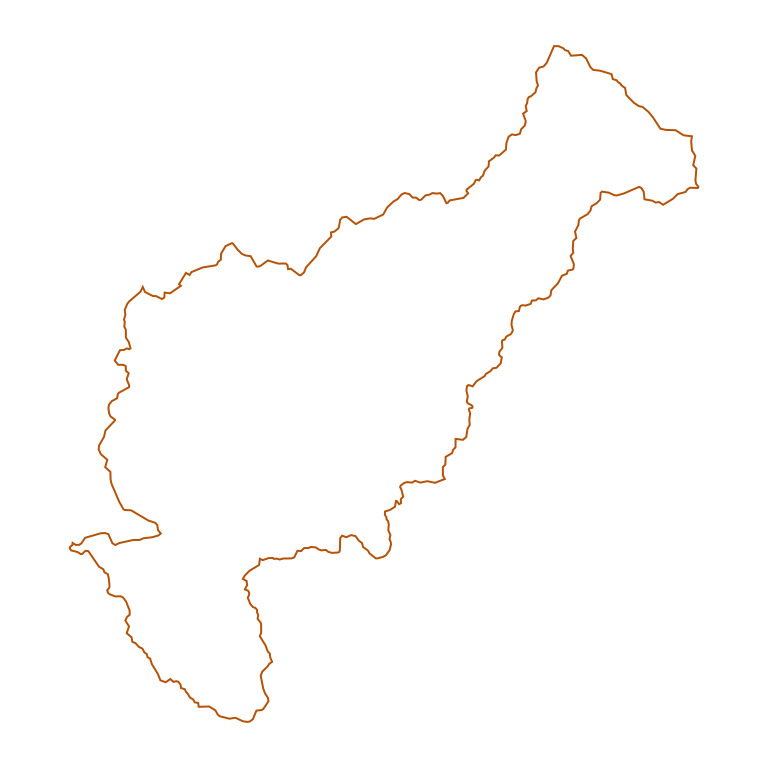 the district of Mae Tha, Lamphun, Thailand
{"feature_id": "78962969B72300277580274", "entity_name": "Mae Tha", "entity_type": "district", "adm_level": 2, "iso_a3": "THA", "parent_name": "Thailand", "parent_adm1": "Lamphun", "projection": "albers", "projection_center": [99.085, 18.376], "detail": "fine", "context": "isolated", "style": "outline", "palette": "amber", "viewbox_px": 768, "rotation_deg": 0, "n_neighbors": 0, "source": "geoboundaries", "source_scale": "gbopen_adm2", "svg_char_len": 6080}
<svg xmlns="http://www.w3.org/2000/svg" viewBox="0 0 768 768"><path d="M198.7,706.8L209.2,706.5L215.4,710.4L217.7,714.5L219.6,716.2L229.3,718.7L235.5,717.8L243.0,721.3L247.5,721.9L250.0,721.4L252.9,719.2L256.4,710.6L261.5,710.1L263.2,709.1L268.5,701.2L267.9,697.8L265.0,693.3L263.2,688.5L260.7,675.7L262.3,671.6L267.5,666.5L269.3,663.8L272.1,661.8L270.4,658.0L269.7,653.4L267.8,651.5L265.4,645.2L259.8,636.2L261.2,632.5L261.1,624.0L260.6,622.5L257.6,618.9L258.2,615.0L257.0,612.2L257.1,609.8L255.3,607.9L252.9,607.0L250.3,604.0L247.8,597.8L249.3,594.2L249.0,592.3L248.0,590.7L244.9,589.4L247.1,585.1L246.6,581.0L242.8,578.9L245.0,575.3L249.7,570.6L259.1,565.0L259.9,558.8L262.8,560.1L268.9,558.0L272.8,557.9L273.6,558.8L277.1,558.7L279.6,559.5L283.5,558.5L291.6,558.4L294.2,557.4L297.5,550.7L301.1,551.1L304.2,548.0L308.6,548.1L310.6,547.0L315.9,547.4L318.6,549.4L321.3,550.4L325.8,549.9L328.2,551.8L331.9,552.9L338.3,552.5L339.4,551.8L339.9,549.8L340.2,538.2L342.1,535.7L346.4,537.2L351.0,535.1L355.5,536.1L358.7,540.5L362.0,543.1L363.1,547.0L368.0,550.6L369.6,553.5L375.7,558.3L377.4,558.4L383.1,556.8L386.1,555.1L389.7,549.9L391.0,544.5L390.7,541.8L389.5,539.2L390.4,535.0L388.3,530.2L388.8,524.4L388.0,520.9L386.6,519.4L386.4,517.3L384.9,514.8L385.0,511.5L390.1,509.9L395.0,506.7L396.0,501.0L396.8,501.1L399.1,504.2L401.0,503.2L400.8,499.1L403.2,496.7L401.5,489.9L400.1,487.0L400.7,485.6L403.9,483.1L407.0,482.1L412.1,482.6L415.0,480.8L420.3,482.6L427.3,481.2L435.1,482.8L444.8,479.0L442.9,475.4L442.9,467.0L445.3,464.7L445.7,456.8L452.0,453.2L453.2,449.7L455.5,447.3L455.6,438.9L462.9,439.8L466.3,437.0L467.5,428.8L469.7,425.0L469.3,419.3L470.2,413.4L468.8,409.5L469.3,408.4L472.3,407.8L472.6,406.8L471.7,405.3L467.9,403.4L466.8,401.5L467.8,396.4L466.4,390.7L467.0,386.1L468.6,385.0L472.7,386.4L476.5,381.2L484.8,376.0L485.8,374.0L490.4,371.2L492.9,368.3L496.4,367.8L500.7,363.4L501.8,357.4L499.4,355.4L499.0,354.1L499.5,351.6L502.4,347.9L501.9,341.1L502.7,340.1L504.8,339.5L506.3,336.6L510.8,334.1L512.3,331.9L512.8,329.9L511.5,325.0L511.8,320.8L513.8,314.1L515.4,311.4L518.9,311.0L519.9,306.8L520.9,305.7L522.7,305.2L525.3,305.6L530.7,303.9L531.9,300.5L535.8,300.4L538.4,298.3L543.6,299.4L548.4,297.6L550.5,295.4L551.4,290.1L557.9,283.4L561.9,275.8L566.8,273.8L567.9,270.6L572.5,269.6L573.4,268.7L573.9,264.3L570.6,256.0L573.3,252.7L572.8,248.8L573.3,240.9L576.4,238.0L575.0,231.6L578.4,225.1L578.8,220.8L579.8,218.7L587.7,214.1L590.5,210.4L591.6,206.2L596.8,203.1L600.1,199.6L600.6,192.9L601.9,191.6L609.0,192.7L614.1,195.1L616.5,195.5L623.8,193.5L639.0,186.9L641.2,187.8L643.7,191.7L644.5,199.3L652.3,200.7L655.7,202.6L659.0,202.0L663.1,204.8L673.2,198.6L677.6,194.1L685.5,192.0L687.6,189.2L690.1,187.7L697.8,188.0L698.3,186.7L696.1,183.8L695.4,180.5L696.4,168.6L693.2,165.2L695.3,155.8L692.0,150.5L691.2,141.4L691.9,136.3L683.6,135.3L675.6,130.2L665.9,129.9L660.4,128.7L653.0,117.4L648.4,111.8L642.5,106.9L638.8,106.1L633.8,102.7L626.3,95.0L625.1,88.0L621.2,85.2L620.4,83.6L618.1,82.2L616.7,80.3L612.8,79.1L611.5,74.1L600.1,70.7L593.2,69.9L590.3,67.0L586.1,58.4L582.0,54.9L571.0,55.7L568.2,51.1L565.0,50.1L563.2,48.2L558.3,46.1L554.0,46.1L546.7,62.9L543.5,66.5L539.1,67.7L536.0,72.4L536.7,81.5L538.0,85.4L536.4,88.3L535.5,92.2L530.9,96.3L528.8,97.1L527.7,98.9L527.1,103.3L525.7,105.9L526.7,111.1L523.1,113.6L525.6,120.7L525.6,122.7L524.6,125.8L521.2,129.2L519.9,133.7L515.8,135.1L512.0,134.4L508.6,136.7L506.4,143.1L505.9,149.6L499.2,155.5L495.7,155.3L494.0,157.6L488.9,161.3L488.6,166.4L484.5,170.9L483.0,175.6L481.0,177.2L479.1,180.4L476.8,179.7L475.7,180.2L473.8,183.9L466.8,189.5L466.4,190.7L468.1,193.4L463.5,197.9L449.7,200.4L447.9,202.7L446.4,203.2L442.9,195.9L440.1,193.1L437.1,193.6L432.3,193.1L429.5,194.6L425.5,195.4L421.3,199.6L419.3,200.1L416.1,197.7L412.5,197.5L409.4,194.1L404.7,193.0L401.5,194.5L397.5,199.2L393.7,201.3L387.2,207.4L383.2,214.5L374.4,218.8L370.0,218.4L364.1,219.4L355.9,224.1L346.6,216.8L342.3,217.4L340.2,219.7L338.9,227.2L338.1,228.6L334.4,231.6L331.0,232.4L331.3,236.5L319.8,248.3L316.2,256.2L306.0,267.4L304.0,272.5L300.6,275.3L299.1,275.0L290.8,268.7L288.1,269.2L287.4,264.9L285.7,263.5L278.3,263.6L267.8,260.5L260.6,265.8L258.0,266.7L256.6,266.5L250.6,256.2L245.2,255.4L241.8,253.8L237.8,249.9L232.9,243.5L232.0,243.1L225.6,246.1L221.1,253.6L220.8,259.8L218.1,261.8L217.1,264.3L215.8,265.3L202.5,267.5L191.4,272.1L189.6,275.0L186.0,272.9L179.0,284.2L180.9,285.8L170.0,293.3L164.7,292.6L164.3,297.4L163.3,298.3L161.9,299.0L156.3,296.2L152.8,296.0L145.0,292.0L142.8,287.0L140.4,291.8L129.2,301.4L127.3,303.8L124.7,310.0L125.4,314.7L124.0,319.5L124.8,322.1L124.3,326.6L125.8,329.7L125.9,337.6L128.8,342.1L130.5,348.4L129.2,349.2L126.8,348.4L124.1,349.9L120.0,350.2L114.7,360.5L118.2,364.8L123.1,364.8L125.7,366.0L125.9,370.8L128.7,373.2L126.7,379.2L129.1,385.1L129.1,387.1L118.8,392.8L117.8,394.3L117.1,398.3L111.8,401.1L109.1,404.5L108.4,407.9L109.1,413.4L110.6,416.5L114.9,419.6L114.9,420.5L105.5,430.4L104.0,436.8L99.0,445.6L98.7,449.5L100.8,454.1L107.3,459.8L105.2,467.1L110.4,471.9L110.6,479.7L111.6,484.0L119.3,501.9L123.5,509.3L124.8,510.0L131.1,510.3L148.1,520.4L155.4,522.9L157.3,525.0L158.0,530.1L160.8,533.5L158.3,535.5L152.5,537.2L143.3,538.3L139.5,540.0L133.8,539.9L129.4,540.8L119.5,543.0L115.2,545.0L112.4,543.2L108.3,534.1L105.3,533.1L101.0,533.2L85.1,537.8L81.3,543.5L79.0,544.9L75.6,544.9L72.6,542.9L72.4,545.0L70.2,546.8L69.7,548.3L71.1,550.4L77.7,552.1L80.9,554.2L82.3,553.9L85.5,550.8L88.4,551.2L99.0,566.7L103.3,569.3L104.5,572.3L107.8,574.2L108.9,579.0L109.5,586.1L109.2,587.9L107.2,590.2L108.1,592.9L109.6,594.2L115.2,596.4L120.7,596.3L123.0,597.4L126.1,601.6L129.6,610.5L129.7,614.7L127.0,617.0L125.3,620.6L129.0,626.3L126.7,633.2L131.5,637.2L132.4,641.9L135.6,643.2L138.9,646.9L142.4,648.6L144.4,652.4L146.7,654.0L147.6,657.3L150.1,658.6L151.9,664.2L157.8,673.8L160.4,680.3L165.7,682.3L170.3,679.0L173.5,681.9L176.2,681.2L178.3,681.7L180.6,684.8L181.0,688.0L184.9,689.3L185.9,691.8L187.8,693.8L190.0,697.6L193.1,699.4L194.8,702.4L198.2,702.9L198.7,706.8Z" fill="none" stroke="#b45309" stroke-width="2"/></svg>